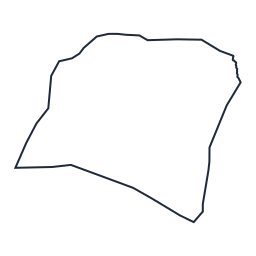 Ceel, Govi-Altay, Mongolia
{"feature_id": "93677404B88307122789623", "entity_name": "Ceel", "entity_type": "district", "adm_level": 2, "iso_a3": "MNG", "parent_name": "Mongolia", "parent_adm1": "Govi-Altay", "projection": "mercator", "projection_center": [96.016, 45.422], "detail": "fine", "context": "isolated", "style": "outline", "palette": "slate", "viewbox_px": 256, "rotation_deg": 0, "n_neighbors": 0, "source": "geoboundaries", "source_scale": "gbopen_adm2", "svg_char_len": 1012}
<svg xmlns="http://www.w3.org/2000/svg" viewBox="0 0 256 256"><path d="M193.7,222.1L202.8,211.6L202.8,204.1L208.4,170.6L209.4,161.8L209.5,147.5L226.7,105.4L240.6,82.4L240.3,81.7L239.7,80.5L238.9,78.9L238.6,78.2L238.2,77.7L237.6,77.3L237.4,76.8L237.4,76.3L237.6,75.5L237.6,74.6L237.3,74.0L236.9,73.2L236.9,72.7L237.1,72.2L237.2,71.8L237.1,71.3L237.0,70.8L237.0,70.1L237.2,69.3L237.2,69.0L236.8,68.6L236.5,68.2L236.3,67.6L236.2,67.4L236.2,67.1L236.3,66.5L236.4,66.2L236.2,65.7L235.9,65.3L235.8,64.9L235.8,64.4L236.1,63.8L236.2,63.1L236.1,62.5L235.6,62.1L235.0,61.7L234.4,61.1L234.2,60.6L233.8,60.5L233.1,60.3L232.8,59.8L232.8,59.1L232.9,58.5L233.1,57.7L233.1,56.9L233.4,56.3L233.3,55.9L233.0,55.7L220.0,50.9L201.5,39.7L177.1,39.3L147.6,40.2L139.3,35.4L126.2,34.8L117.8,33.9L108.4,33.9L96.8,36.5L83.8,47.8L79.4,53.6L72.0,58.3L59.1,61.3L51.2,75.9L48.3,108.3L36.5,123.4L26.3,142.8L15.4,167.8L52.1,167.0L70.9,164.9L133.2,187.9L151.0,198.0L180.1,215.5L193.7,222.1Z" fill="none" stroke="#1e293b" stroke-width="2"/></svg>